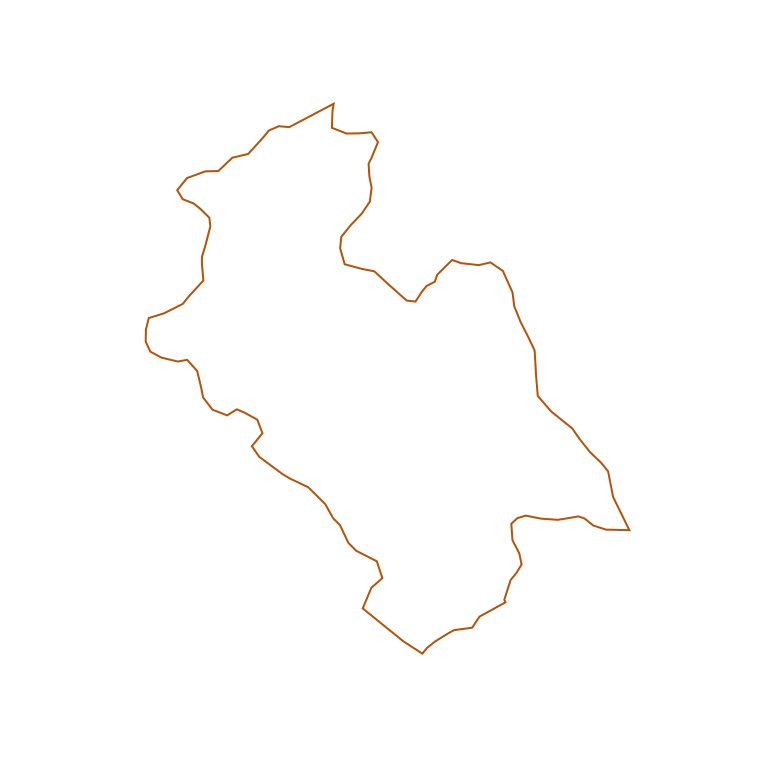 the district of Yangpyeong-gun, Gyeonggi, South Korea, rotated 39°
{"feature_id": "91817680B89058224266184", "entity_name": "Yangpyeong-gun", "entity_type": "district", "adm_level": 2, "iso_a3": "KOR", "parent_name": "South Korea", "parent_adm1": "Gyeonggi", "projection": "robinson", "projection_center": [127.569, 37.511], "detail": "fine", "context": "isolated", "style": "outline", "palette": "amber", "viewbox_px": 768, "rotation_deg": 39, "n_neighbors": 0, "source": "geoboundaries", "source_scale": "gbopen_adm2", "svg_char_len": 1701}
<svg xmlns="http://www.w3.org/2000/svg" viewBox="0 0 768 768"><g transform="rotate(39 384 384)"><path d="M358.9,244.7L356.6,265.5L359.1,272.6L355.4,281.0L355.4,288.2L356.6,300.1L349.1,304.9L323.0,303.7L305.6,302.5L294.3,308.5L278.1,315.7L264.5,306.1L258.2,296.5L258.2,281.0L259.5,265.5L258.2,251.1L250.8,239.2L242.1,232.0L233.4,222.5L232.1,216.5L227.1,199.8L215.9,196.2L207.2,204.6L197.3,212.9L182.3,217.7L172.4,204.6L168.5,197.9L148.7,244.0L140.0,249.9L135.0,259.5L135.0,267.9L133.7,290.6L123.7,303.7L121.2,322.8L111.3,331.2L101.3,347.9L101.3,363.5L104.1,364.5L111.2,367.1L122.4,363.5L131.2,363.5L143.6,364.7L149.8,370.7L158.5,389.8L162.3,399.4L166.0,404.2L178.5,417.3L177.2,438.9L177.2,448.4L168.5,467.6L159.7,480.8L164.7,491.5L172.2,501.1L182.1,505.9L188.3,504.7L194.6,503.5L209.6,496.3L215.8,489.1L230.7,491.5L243.2,501.1L251.9,508.3L266.9,511.9L281.8,507.1L285.6,496.3L294.3,493.9L308.0,491.5L320.5,498.7L320.5,515.5L332.9,519.1L361.6,517.9L370.3,516.7L390.3,511.9L413.9,514.3L428.9,520.3L438.9,521.5L456.3,529.9L467.5,531.1L490.0,526.3L504.9,535.9L502.4,550.2L508.7,571.8L561.0,571.8L568.7,571.0L583.5,569.4L583.5,562.2L585.9,551.4L590.9,537.1L593.4,531.1L605.9,517.9L604.6,504.7L615.8,477.2L613.3,476.0L605.8,456.8L605.8,447.2L604.5,437.7L595.8,430.5L582.1,424.5L570.9,412.5L572.1,404.2L577.1,397.0L590.8,389.8L604.5,380.2L612.0,371.9L618.2,364.7L624.4,362.3L635.6,362.3L648.1,357.5L666.7,343.2L633.1,327.6L613.2,310.9L601.9,308.5L587.0,307.3L570.8,303.7L558.4,300.1L531.0,300.1L511.0,296.5L497.3,282.2L488.6,272.6L479.9,263.1L467.4,257.1L451.2,249.9L436.3,241.6L426.3,232.0L405.2,221.3L390.2,222.5L382.8,232.0L367.8,241.6L358.9,244.7Z" fill="none" stroke="#b45309" stroke-width="2"/></g></svg>